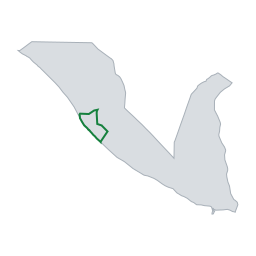 location of Shabeellaha Dhexe within Somalia, rotated 91°
{"feature_id": "SOM-2410", "entity_name": "Shabeellaha Dhexe", "entity_type": "Region", "adm_level": 1, "iso_a3": "SOM", "parent_name": "Somalia", "parent_adm1": "", "projection": "albers", "projection_center": [46.104, 3.02], "detail": "fine", "context": "in_parent", "style": "outline", "palette": "green", "viewbox_px": 256, "rotation_deg": 91, "n_neighbors": 0, "source": "natural_earth", "source_scale": "10m", "svg_char_len": 2862}
<svg xmlns="http://www.w3.org/2000/svg" viewBox="0 0 256 256"><g transform="rotate(91 128 128)"><path d="M52.5,237.8L52.2,237.2L50.7,235.2L47.8,231.4L45.6,228.6L43.4,225.7L43.4,223.4L43.4,216.6L43.4,202.8L43.4,189.1L43.4,175.4L43.4,168.5L43.4,165.7L43.7,165.2L46.2,162.7L49.6,159.4L54.1,153.1L56.5,149.7L58.5,146.8L59.0,145.9L60.8,144.2L64.1,143.2L66.2,143.0L73.3,141.7L74.3,141.2L74.9,140.6L75.5,139.2L76.9,137.3L78.7,136.0L82.1,134.3L85.4,132.8L86.2,132.6L90.2,131.7L91.1,131.4L92.8,131.0L93.4,131.0L98.9,131.4L103.3,131.6L107.8,131.9L108.2,131.7L111.4,128.3L116.3,122.8L119.5,119.4L124.4,114.0L128.2,110.2L132.3,105.9L136.3,102.0L141.2,97.3L144.3,94.3L149.0,89.7L153.5,85.3L157.5,81.5L152.0,81.5L146.6,81.5L141.3,81.5L140.3,81.0L135.9,79.5L130.2,77.6L123.2,75.3L118.2,73.6L112.9,71.8L107.5,70.1L103.3,68.7L98.0,66.9L93.4,65.4L92.8,65.0L90.3,62.7L86.9,59.7L86.3,59.6L84.7,59.0L83.3,57.4L81.8,55.3L80.4,52.7L79.9,50.9L78.0,50.1L77.2,48.7L75.5,46.7L74.4,45.6L74.0,44.8L73.4,42.9L72.5,41.0L71.6,39.7L71.4,39.2L71.4,38.9L73.1,36.2L73.9,35.3L74.7,34.3L75.4,33.4L75.7,32.8L77.8,29.6L79.6,26.9L81.0,24.7L84.1,27.2L87.2,32.2L90.7,36.3L95.7,40.1L97.6,41.4L99.4,42.0L108.4,41.9L114.7,38.5L120.5,36.0L122.5,35.5L125.8,36.2L129.6,36.4L132.9,37.1L134.6,36.9L141.2,34.0L145.3,31.2L148.2,30.0L149.3,30.0L153.1,31.0L158.1,30.6L164.9,28.1L167.0,27.6L168.7,27.6L172.4,28.7L172.9,28.6L174.9,28.4L180.2,27.2L184.3,25.5L191.8,24.2L197.6,21.0L198.6,19.4L200.3,17.5L202.8,16.8L209.3,19.1L210.3,19.3L209.9,20.6L209.7,22.0L208.4,24.5L207.6,27.2L208.2,31.4L208.6,38.2L208.4,39.2L208.0,40.2L207.8,40.9L207.1,41.2L206.8,41.6L207.3,41.8L209.3,41.1L209.3,40.2L209.4,39.8L211.1,40.7L212.3,41.1L212.6,42.0L212.5,42.6L210.6,42.3L209.7,41.8L206.9,42.6L205.2,43.4L204.7,44.7L204.3,50.1L203.6,53.5L203.5,58.1L201.3,61.1L200.5,63.3L197.2,67.6L195.4,71.2L194.9,73.0L191.9,78.1L187.9,81.9L186.4,86.9L185.0,90.0L183.3,92.8L179.8,97.8L177.9,101.2L175.6,107.3L174.9,111.1L168.5,122.2L161.7,131.0L157.6,138.4L150.0,147.1L139.7,158.2L126.3,171.4L122.6,174.1L107.8,182.3L98.3,189.1L93.3,193.7L88.2,197.7L84.1,201.6L71.7,214.5L70.5,215.8L69.3,216.9L67.7,219.1L66.6,220.0L63.7,223.7L61.8,225.6L59.7,227.5L58.9,228.8L58.2,230.3L57.5,231.2L55.7,234.9L54.0,237.3L52.4,239.2L52.5,237.8Z" fill="#d9dde1" stroke="#a8b0b8" stroke-width="1"/><path d="M142.4,155.2L141.9,155.7L139.0,159.1L136.8,161.0L135.6,162.5L133.4,164.4L132.2,165.6L131.2,166.3L131.1,166.6L131.0,166.8L130.9,166.8L130.6,166.9L130.4,167.2L130.3,167.5L130.2,167.8L129.9,168.0L129.3,168.3L127.8,169.9L127.6,170.1L127.3,170.6L127.1,170.8L126.5,171.3L126.2,171.8L125.9,172.0L122.6,174.1L120.7,175.2L119.0,176.2L116.6,176.4L115.5,176.7L114.5,176.2L114.7,167.4L111.1,162.2L110.3,158.8L111.6,159.4L113.6,159.6L124.5,158.8L125.9,154.4L126.0,154.4L126.7,153.6L131.8,148.4L142.3,155.2L142.4,155.2Z" fill="none" stroke="#15803d" stroke-width="2"/></g></svg>